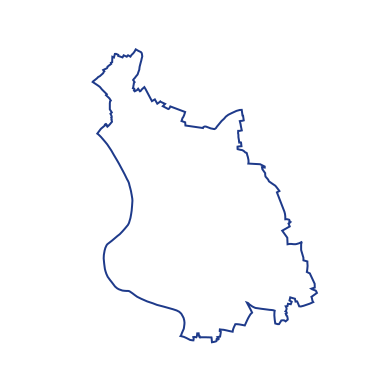 Thuong Tin, Ha Noi, Vietnam, rotated 168°
{"feature_id": "81297802B33733008951227", "entity_name": "Thuong Tin", "entity_type": "district", "adm_level": 2, "iso_a3": "VNM", "parent_name": "Vietnam", "parent_adm1": "Ha Noi", "projection": "robinson", "projection_center": [105.871, 20.832], "detail": "fine", "context": "isolated", "style": "outline", "palette": "blue", "viewbox_px": 384, "rotation_deg": 168, "n_neighbors": 0, "source": "geoboundaries", "source_scale": "gbopen_adm2", "svg_char_len": 5903}
<svg xmlns="http://www.w3.org/2000/svg" viewBox="0 0 384 384"><g transform="rotate(168 192 192)"><path d="M258.6,94.3L253.3,91.2L249.8,88.9L243.8,85.9L235.0,81.3L231.6,79.3L229.4,77.5L227.8,75.2L227.0,72.7L226.4,70.5L226.3,68.0L226.5,65.8L226.9,64.3L227.8,61.7L228.5,59.9L231.3,56.0L232.6,53.9L233.1,53.5L230.1,52.0L227.9,50.4L224.6,47.7L222.3,46.8L221.5,46.6L221.4,46.9L221.0,47.6L220.8,48.4L220.8,48.7L220.9,49.2L220.9,49.6L220.9,49.8L219.6,49.7L218.0,49.0L217.7,49.3L217.3,49.9L216.8,51.0L216.4,52.2L216.3,52.6L214.9,52.4L215.0,50.8L215.0,49.2L214.4,49.1L214.5,48.1L214.3,48.0L213.4,48.0L212.8,47.9L209.4,47.2L203.2,45.7L203.2,45.2L203.5,42.6L203.7,40.9L201.7,40.8L199.7,40.9L199.2,41.1L198.8,41.4L198.7,41.9L198.7,42.3L198.5,43.0L198.3,43.3L198.0,43.5L197.8,43.4L197.6,43.3L197.0,42.4L196.5,42.6L196.4,42.8L196.7,44.5L196.9,44.8L194.6,44.7L193.1,48.5L192.9,49.5L193.8,50.2L193.3,51.8L191.6,51.2L189.6,50.6L186.9,49.4L183.9,48.0L181.3,46.9L180.4,49.0L179.3,50.8L178.3,52.1L177.1,53.7L175.6,53.4L173.4,52.7L171.4,51.9L168.1,50.5L165.1,54.6L163.4,56.8L162.0,58.4L160.2,60.3L158.3,61.5L159.0,64.4L161.3,72.4L160.8,72.1L160.3,71.7L160.0,71.4L159.4,70.3L156.7,67.4L154.8,65.9L153.8,65.3L152.1,64.7L148.6,63.4L144.3,61.9L140.6,60.6L138.9,60.1L137.2,59.5L135.8,58.7L136.4,57.1L137.1,54.3L137.6,50.2L137.9,46.1L135.6,44.9L134.3,44.7L131.3,47.8L129.6,47.6L128.4,47.2L127.3,46.0L124.9,47.3L124.7,48.5L124.7,50.8L125.3,51.4L125.6,53.3L125.1,53.3L124.7,53.5L124.4,54.4L124.7,55.2L125.4,55.8L124.7,56.4L124.1,57.3L123.8,58.0L123.7,58.8L123.8,59.6L124.1,60.7L122.3,60.6L121.4,62.7L118.7,61.7L118.2,62.5L117.3,63.9L119.2,65.6L117.8,68.5L117.3,68.2L113.5,66.2L113.5,63.3L112.1,63.3L111.9,63.0L111.4,60.8L110.9,57.9L109.4,57.4L106.6,57.5L100.0,58.3L96.8,59.0L96.3,59.1L96.7,60.1L96.8,61.2L96.8,63.8L97.0,64.6L90.8,67.3L91.2,69.2L91.6,69.9L92.1,70.2L94.7,71.9L95.4,72.6L91.8,73.0L91.1,76.7L93.5,87.1L93.6,87.8L96.3,89.9L95.5,91.9L94.8,94.1L94.3,95.7L93.9,98.6L93.6,100.1L97.2,102.0L96.7,104.6L97.3,112.2L97.3,112.6L96.6,116.0L96.0,118.6L95.5,119.4L95.3,119.8L95.4,120.2L97.9,119.6L100.3,119.4L101.4,119.4L102.4,119.6L103.7,119.9L105.5,120.5L107.1,120.9L109.4,121.0L108.3,127.5L111.8,135.4L103.6,138.0L104.1,141.0L103.6,141.1L102.0,142.1L102.9,142.7L102.6,143.0L102.5,143.7L102.6,144.2L102.7,144.6L103.2,144.9L104.0,145.3L104.9,145.7L106.4,145.9L105.8,149.0L105.6,151.3L105.7,153.5L109.0,174.0L106.3,174.8L108.2,178.9L109.2,180.8L111.6,183.3L114.5,186.4L115.0,188.4L116.9,191.8L116.8,193.9L116.5,195.2L118.4,199.6L118.4,201.6L115.8,200.8L115.6,201.8L119.6,205.0L131.0,208.1L130.5,209.4L130.2,210.9L130.1,211.8L130.1,213.6L130.1,214.6L130.3,216.8L130.3,217.8L130.4,218.5L130.4,218.8L130.5,219.0L130.9,219.2L131.4,219.4L131.6,219.6L132.3,220.6L132.7,221.2L133.2,221.6L133.5,222.0L134.3,222.6L135.9,223.2L138.4,224.4L138.5,224.5L138.3,225.7L138.0,226.9L136.5,226.8L134.1,226.5L133.8,229.8L133.8,230.2L133.8,230.3L134.1,230.5L135.5,230.5L135.5,231.9L135.3,232.6L135.3,233.4L135.2,235.6L135.2,236.0L134.8,237.9L134.7,238.5L134.7,239.4L134.7,239.9L134.5,240.7L134.1,242.2L132.8,241.9L130.5,241.9L130.5,245.9L130.4,248.2L130.5,251.4L129.5,251.4L128.2,251.2L126.5,251.3L126.2,256.1L126.7,256.3L126.3,262.0L128.2,262.3L131.6,262.1L136.9,260.9L140.4,260.0L143.2,258.7L145.4,257.0L148.3,255.3L152.2,252.2L154.1,250.7L155.2,249.6L155.9,249.2L156.9,248.9L157.7,249.1L158.7,249.6L160.4,250.3L164.6,253.0L165.4,253.3L166.2,253.4L167.0,253.2L167.7,252.9L168.0,252.3L184.6,258.4L184.2,261.6L187.5,263.6L185.9,266.3L185.0,267.1L183.8,268.7L182.9,270.2L182.1,271.7L195.4,280.2L196.5,278.8L197.3,278.2L198.0,278.1L202.7,282.0L200.0,283.8L204.0,286.8L204.2,287.2L204.7,286.9L206.1,286.2L207.6,285.6L209.1,290.3L212.3,289.2L214.7,297.6L216.0,302.2L216.8,304.5L219.6,302.9L221.4,301.4L222.0,301.3L223.2,304.2L224.6,303.1L227.1,302.4L227.7,303.4L227.0,304.3L227.0,305.0L227.4,305.4L228.2,305.8L227.6,306.9L227.2,308.1L226.4,309.9L226.3,310.6L225.3,311.4L226.3,313.8L225.2,314.8L224.4,315.3L222.3,317.1L221.1,318.0L220.7,318.4L220.4,318.9L219.6,320.3L219.1,321.1L218.1,322.7L217.7,324.0L217.1,325.6L215.1,329.6L214.3,331.1L213.6,332.7L212.7,334.5L212.4,335.2L212.4,336.2L212.3,336.8L212.3,338.3L212.9,339.5L215.0,341.1L217.4,343.2L218.9,341.4L220.6,339.9L222.7,338.6L224.1,337.2L226.1,339.0L226.4,339.0L227.7,337.9L230.4,339.9L232.0,338.1L235.9,340.5L235.6,341.5L237.6,342.9L238.7,343.1L240.4,339.8L241.8,340.8L243.1,335.6L244.5,335.2L244.4,334.1L248.6,332.2L248.8,331.4L249.6,330.7L251.9,330.2L253.5,329.8L253.2,329.1L252.7,328.3L253.2,328.0L254.0,326.9L254.5,326.5L258.0,324.5L258.6,324.3L259.8,324.0L261.1,323.1L262.8,322.2L265.7,320.8L266.3,320.3L262.0,315.9L260.3,314.0L259.6,312.7L258.8,311.1L255.0,305.3L256.0,304.6L255.7,304.2L254.8,302.9L254.0,301.8L253.3,300.7L252.4,298.3L253.3,297.7L253.6,296.8L253.9,296.0L255.2,289.9L253.9,286.5L255.5,285.5L254.9,283.3L254.9,282.0L255.5,281.7L255.4,280.5L255.4,279.8L255.8,279.5L255.6,277.9L255.7,277.3L256.0,277.1L258.4,275.2L260.2,274.0L261.2,273.5L261.5,274.3L261.2,274.8L261.7,275.9L262.2,275.5L262.6,276.3L263.2,276.0L263.4,275.7L263.5,275.3L263.9,274.9L267.7,272.9L268.4,272.4L272.5,268.8L271.4,267.5L269.6,264.8L266.6,259.3L265.0,256.2L262.3,249.4L260.8,244.7L258.8,238.8L257.6,235.1L254.7,225.1L254.2,223.3L252.8,217.7L252.3,216.2L251.9,214.3L251.8,213.2L251.8,211.9L251.7,210.0L251.6,208.2L251.5,205.5L251.6,202.9L251.6,201.8L251.7,200.0L251.8,197.8L252.1,195.8L253.5,190.9L254.9,186.3L256.1,183.1L257.6,179.4L260.1,174.8L261.5,173.1L265.3,170.1L268.4,167.8L271.5,165.7L274.0,164.5L277.7,162.5L280.7,160.9L285.7,158.5L286.7,157.6L288.4,155.3L289.7,152.8L291.3,148.8L292.2,145.4L292.8,140.1L293.0,137.7L293.2,134.9L293.1,132.5L292.8,129.8L292.1,126.6L290.5,123.0L289.4,120.8L286.9,115.5L285.2,113.3L283.7,112.0L280.6,110.1L278.6,109.4L276.8,108.9L275.0,108.5L273.8,107.9L271.3,105.3L269.5,103.2L267.4,100.9L264.0,98.2L258.6,94.3Z" fill="none" stroke="#1e3a8a" stroke-width="2"/></g></svg>